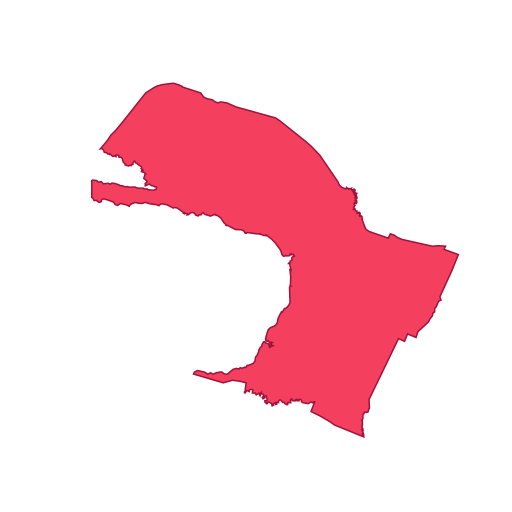 Agusan del Norte, Agusan del Norte, Philippines (orthographic projection), rotated 295°
{"feature_id": "2640588B29392713909073", "entity_name": "Agusan del Norte", "entity_type": "district", "adm_level": 2, "iso_a3": "PHL", "parent_name": "Philippines", "parent_adm1": "Agusan del Norte", "projection": "orthographic", "projection_center": [125.42, 9.081], "detail": "fine", "context": "isolated", "style": "filled", "palette": "rose", "viewbox_px": 512, "rotation_deg": 295, "n_neighbors": 0, "source": "geoboundaries", "source_scale": "gbopen_adm2", "svg_char_len": 6121}
<svg xmlns="http://www.w3.org/2000/svg" viewBox="0 0 512 512"><g transform="rotate(295 256 256)"><path d="M380.4,137.1L378.1,118.3L378.5,117.5L378.5,113.6L377.6,107.9L371.9,98.9L368.6,94.9L365.9,92.6L357.2,87.1L322.4,78.8L310.8,75.8L304.2,73.4L297.9,72.5L287.4,69.7L288.3,70.8L287.4,73.3L285.8,74.7L286.4,76.9L285.8,78.9L286.7,79.7L286.2,80.3L286.7,80.6L285.7,83.9L286.2,85.1L287.1,85.4L286.9,87.2L288.5,86.6L289.3,88.9L287.6,90.1L288.4,91.7L287.9,93.5L285.0,96.0L284.1,98.7L283.2,98.9L283.7,102.5L285.0,103.6L285.2,104.7L286.1,104.8L287.0,105.8L288.9,105.0L290.8,105.9L289.5,107.5L289.7,108.9L289.2,109.6L288.4,114.5L287.2,115.2L286.6,115.0L286.5,116.6L285.8,117.4L285.1,116.2L284.1,116.4L284.4,119.4L283.7,121.3L282.7,120.9L278.9,121.5L278.0,125.0L277.3,125.8L276.8,126.0L275.0,124.9L272.8,126.0L276.2,129.0L275.6,131.1L276.1,133.7L275.9,135.1L276.5,136.3L276.3,136.8L274.5,137.3L272.4,135.5L270.5,130.4L270.8,129.0L269.5,126.1L269.8,125.0L267.5,120.1L267.4,117.3L264.9,112.2L264.4,109.5L263.5,108.7L263.1,104.9L262.3,102.7L262.6,101.9L262.1,97.5L261.2,94.6L259.5,93.5L259.4,91.2L256.9,87.1L258.0,84.4L256.5,82.1L256.5,80.9L257.1,79.7L255.7,75.7L255.0,75.3L239.6,82.4L239.5,83.6L238.0,85.5L238.0,86.3L238.9,87.6L238.2,91.2L239.9,92.9L241.3,92.3L242.5,92.6L243.7,94.7L244.6,103.2L244.3,104.8L243.1,106.8L243.4,109.2L246.3,111.0L247.5,116.5L247.5,120.2L248.5,120.0L250.3,120.9L253.4,123.8L254.3,127.8L255.5,130.6L257.7,132.8L258.6,138.3L260.4,144.0L260.6,146.8L262.8,147.7L263.6,148.9L264.8,153.9L264.5,160.8L265.6,161.7L266.2,164.5L264.8,171.6L264.2,171.9L264.8,172.7L264.1,172.9L264.0,173.5L265.1,174.4L265.2,176.0L264.1,176.1L265.2,177.6L266.9,178.0L268.7,180.0L268.7,182.5L267.6,183.8L267.7,185.9L268.0,186.8L268.8,186.7L270.3,189.0L272.1,189.0L272.8,189.6L272.9,190.1L272.1,191.7L272.9,197.9L276.5,201.2L276.4,202.0L276.0,201.8L276.4,204.2L275.5,208.1L272.5,213.1L271.7,216.0L271.2,215.7L271.1,216.1L271.7,217.8L271.3,226.2L273.7,231.9L273.6,234.1L272.1,236.7L272.7,238.1L272.7,236.9L273.8,238.9L276.4,247.5L277.3,249.1L277.4,250.4L277.8,250.4L277.8,253.7L278.4,255.9L278.7,256.6L279.2,256.2L279.3,256.7L277.8,263.3L276.1,267.8L272.2,274.9L270.9,276.6L268.2,278.9L267.4,281.1L268.1,282.2L269.0,282.5L269.0,283.8L270.6,286.5L272.4,286.2L272.3,287.0L272.9,287.4L272.2,288.1L273.2,289.2L272.2,290.8L270.6,289.5L269.3,289.2L267.4,290.4L265.8,289.1L264.1,289.6L263.3,288.6L262.9,288.6L263.4,289.6L258.0,293.7L257.1,293.9L257.5,292.8L251.4,296.5L243.5,299.7L243.5,300.1L243.1,299.5L241.5,299.7L228.3,306.5L225.4,306.5L223.3,306.0L220.8,304.9L220.5,304.0L216.3,303.7L216.3,302.7L211.8,302.4L208.1,302.5L204.9,303.4L202.2,303.2L200.2,302.2L197.2,299.4L194.4,298.2L186.9,299.2L185.1,300.0L184.9,299.7L183.2,300.9L183.7,302.6L184.4,302.8L183.4,304.4L183.4,305.8L183.7,305.4L184.4,306.0L184.4,307.4L183.6,306.8L182.2,307.4L182.2,306.7L181.2,306.4L181.8,307.1L181.9,309.4L180.1,307.7L178.8,307.2L178.9,306.8L180.2,306.5L180.8,305.3L181.8,305.3L181.3,301.4L181.9,299.8L181.5,299.2L178.6,298.8L176.5,299.3L175.2,298.6L172.1,298.3L170.2,298.9L166.2,298.9L164.0,298.3L160.6,299.5L157.6,298.9L154.1,295.8L153.2,294.2L151.3,294.0L150.3,293.4L150.5,292.8L148.3,290.7L148.1,288.8L146.5,288.5L145.8,285.6L143.6,283.1L136.5,279.8L135.7,276.7L136.4,274.4L136.2,273.4L133.5,269.4L131.1,267.4L130.7,266.3L131.1,264.3L128.5,262.1L129.1,259.0L127.5,251.3L124.5,249.2L122.6,249.3L127.2,279.9L133.5,287.3L135.6,294.2L136.9,300.7L130.2,302.7L129.3,303.4L128.1,303.0L127.2,303.3L127.4,304.1L130.2,304.4L130.3,307.2L132.2,306.7L133.4,308.9L133.2,309.7L130.3,310.6L131.4,313.1L130.2,314.9L132.8,316.4L131.0,318.8L132.5,318.8L133.3,318.0L134.5,318.4L133.4,318.8L133.8,319.8L133.6,321.3L132.0,321.9L130.4,321.5L129.5,322.3L130.1,323.5L132.8,323.2L133.6,324.2L133.2,325.0L131.9,325.0L131.6,326.1L130.5,326.9L129.7,326.8L128.5,325.2L127.4,325.8L126.6,328.1L127.1,328.7L128.4,328.0L128.9,329.4L129.0,332.3L127.0,334.0L128.1,334.9L129.2,334.2L131.1,335.2L131.1,336.4L129.7,336.4L130.4,337.4L131.9,336.4L132.6,338.4L134.2,337.8L135.7,338.4L135.9,339.4L134.5,342.2L135.4,343.6L134.4,344.4L134.3,347.0L134.7,347.5L136.6,346.8L137.7,349.5L139.9,347.9L141.7,348.6L141.7,349.1L140.2,349.8L140.6,351.3L141.3,352.8L142.4,352.5L143.0,352.9L143.2,353.9L142.1,353.8L142.1,354.2L143.0,356.2L144.0,355.5L144.9,357.3L144.0,358.6L143.2,358.7L142.8,360.0L144.2,365.7L146.9,367.5L146.9,369.4L148.2,369.9L148.6,370.8L138.3,371.6L138.1,381.4L137.1,392.8L136.0,398.7L137.6,430.2L139.5,429.1L139.1,428.2L139.7,427.6L140.1,428.6L141.9,427.1L142.3,426.2L143.2,426.7L143.7,425.1L144.5,425.9L145.7,424.2L147.1,424.1L147.7,423.5L148.3,423.7L151.1,422.3L152.0,421.2L152.3,421.7L154.3,421.4L157.7,419.9L158.6,420.5L160.2,420.3L160.9,421.3L160.9,422.4L162.3,423.5L164.8,422.8L165.2,423.2L166.3,423.0L173.7,419.1L241.4,420.1L241.4,426.7L249.4,426.3L249.8,435.5L255.7,434.7L269.2,440.2L272.1,440.2L276.4,441.2L278.8,440.4L280.8,441.5L284.0,440.2L286.3,440.8L292.0,440.6L294.3,442.3L296.6,439.9L325.8,439.7L342.8,438.8L341.5,423.6L345.0,423.6L342.4,416.9L339.4,411.8L332.7,381.1L332.6,375.9L333.3,372.7L332.9,368.4L328.1,368.3L326.0,348.0L326.8,344.1L333.1,337.5L336.7,335.2L336.9,333.7L335.8,333.6L336.0,332.8L338.5,332.4L338.2,331.3L338.9,331.9L339.2,331.6L339.3,331.0L337.5,329.6L339.5,328.5L339.0,327.0L340.4,325.9L339.7,324.7L340.9,324.9L341.5,323.9L343.7,324.4L344.2,323.3L345.5,322.6L345.8,324.6L346.8,324.8L346.8,323.8L347.7,324.1L348.0,322.9L348.6,323.8L349.4,322.3L350.6,323.1L351.5,322.9L350.7,321.2L351.8,321.3L352.3,322.2L352.9,321.6L352.1,320.8L353.9,320.2L353.4,321.3L354.3,320.7L354.5,319.7L355.4,320.5L355.2,319.0L353.4,319.1L354.7,317.4L355.2,317.3L354.8,318.0L355.3,318.4L355.7,317.1L356.3,318.0L356.9,316.9L357.4,318.0L357.8,317.7L358.1,316.6L357.3,316.7L357.0,315.9L355.9,315.8L356.2,315.1L356.9,314.9L356.8,314.1L357.7,313.9L356.5,313.0L356.5,311.8L355.8,311.6L356.4,309.0L355.2,309.3L354.6,308.6L354.5,304.8L355.4,301.8L358.0,298.7L374.3,271.3L378.8,259.7L380.7,253.0L388.5,221.0L389.4,215.5L382.6,174.5L382.5,165.0L380.7,158.9L378.6,156.5L378.5,153.5L379.1,150.2L377.9,145.3L377.9,141.2L380.4,137.1Z" fill="#f43f5e" stroke="#9f1239" stroke-width="1.5"/></g></svg>